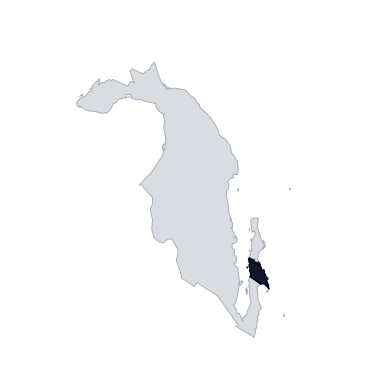 location of Mulegé, Baja California Sur, Mexico, rotated 215°
{"feature_id": "50627088B42796639886072", "entity_name": "Mulegé", "entity_type": "district", "adm_level": 2, "iso_a3": "MEX", "parent_name": "Mexico", "parent_adm1": "Baja California Sur", "projection": "orthographic", "projection_center": [-113.158, 27.203], "detail": "fine", "context": "in_parent", "style": "filled", "palette": "ink", "viewbox_px": 384, "rotation_deg": 215, "n_neighbors": 0, "source": "geoboundaries", "source_scale": "gbopen_adm2", "svg_char_len": 7328}
<svg xmlns="http://www.w3.org/2000/svg" viewBox="0 0 384 384"><g transform="rotate(215 192 192)"><path d="M57.8,108.7L78.7,107.2L77.7,109.4L111.1,121.5L136.0,120.7L135.8,116.1L151.2,115.5L154.0,118.6L165.5,126.9L168.6,134.2L170.8,137.0L181.5,142.1L184.5,139.6L186.5,133.9L189.4,132.4L196.8,132.7L203.5,138.3L208.4,146.6L216.3,153.9L217.3,158.9L221.1,164.8L237.3,168.8L239.3,167.6L236.5,184.3L236.9,203.8L238.1,207.9L242.8,212.9L242.2,216.0L242.1,212.9L238.2,208.7L239.7,212.9L244.8,221.4L252.5,229.1L254.6,234.2L259.9,239.0L258.5,239.1L261.4,240.0L260.5,239.3L265.5,239.3L269.3,240.6L272.8,243.7L280.9,239.7L287.1,238.3L290.9,235.5L295.1,234.3L296.1,235.0L295.9,236.1L299.4,236.2L301.6,234.1L300.6,231.4L299.6,232.3L299.8,231.7L305.5,225.8L305.4,221.9L307.0,219.4L306.2,213.2L306.7,208.4L311.1,204.8L319.1,201.7L322.5,199.4L326.5,198.2L333.3,198.3L333.6,197.2L331.9,197.5L334.0,196.3L337.0,197.7L337.9,200.4L337.2,204.4L333.7,210.9L334.1,214.7L332.3,217.4L332.8,218.2L334.7,217.5L333.0,220.3L333.2,221.2L334.5,220.6L333.1,230.6L332.6,231.6L330.9,229.7L330.1,226.3L328.6,230.3L326.6,231.0L324.7,236.4L321.8,237.0L321.7,238.6L305.2,241.8L305.8,247.5L302.0,248.2L312.1,255.2L312.1,258.4L300.3,260.6L296.7,269.4L298.1,271.2L297.1,276.8L287.6,269.2L280.0,264.2L275.5,262.6L275.0,263.3L279.2,264.7L272.8,263.8L273.1,262.3L271.5,263.2L270.4,262.0L269.4,263.6L271.5,264.0L268.4,264.8L265.5,267.3L255.8,271.9L249.1,270.2L243.6,270.3L239.8,268.4L236.1,267.8L233.6,265.7L224.5,264.9L213.0,261.2L205.5,257.3L202.2,254.4L194.6,254.1L187.3,252.0L182.5,247.2L172.3,243.0L166.7,236.5L164.7,232.4L168.6,230.2L167.8,228.4L166.1,228.0L168.5,224.6L168.6,220.8L166.4,219.6L164.2,215.9L164.0,212.4L162.5,209.4L156.4,203.9L151.1,197.1L143.0,191.4L145.3,192.4L145.4,191.1L141.2,190.0L138.0,185.3L140.1,185.3L134.0,182.3L133.1,180.7L130.9,181.4L130.5,180.7L132.1,178.7L129.3,180.3L127.5,179.0L127.0,175.8L129.0,172.9L129.8,173.5L128.2,170.6L126.3,168.8L123.8,169.0L121.9,165.1L118.9,164.4L117.0,162.7L115.6,159.3L116.4,157.1L111.0,156.2L101.4,145.4L100.8,142.8L99.4,142.0L93.3,128.6L92.7,124.5L93.4,123.2L88.3,121.4L87.1,119.2L85.4,118.5L83.6,119.7L76.8,115.6L78.0,118.2L77.1,123.3L78.6,127.3L79.9,135.0L87.0,141.8L89.3,146.4L90.3,146.2L90.9,147.6L91.9,147.7L93.0,150.7L95.0,151.6L96.2,157.8L100.0,160.9L101.3,164.4L103.0,165.5L104.3,169.6L105.9,170.6L104.9,167.5L107.0,169.3L109.7,178.7L112.2,181.4L115.5,188.1L115.1,191.0L115.9,193.6L118.7,196.0L119.6,193.5L127.8,202.2L127.2,205.5L124.1,208.0L122.4,208.4L118.8,201.1L106.2,191.5L105.1,191.7L102.6,188.6L102.0,186.5L102.7,181.9L101.5,177.5L99.6,174.4L93.6,170.6L92.4,166.9L91.3,168.5L88.3,169.2L86.1,166.7L80.5,164.0L79.7,161.8L75.6,158.6L75.2,157.5L79.5,158.2L81.9,157.3L81.9,158.3L84.0,159.3L83.2,156.8L82.3,156.6L84.3,151.6L76.3,141.9L69.8,137.6L68.6,135.5L68.7,131.9L67.1,130.8L66.6,126.7L64.6,125.0L64.3,122.6L61.5,118.7L61.1,117.0L62.0,115.8L60.0,114.2L57.8,108.7ZM101.0,145.6L100.3,148.0L98.2,147.2L99.0,143.5L100.2,143.1L101.0,145.6ZM92.4,145.1L89.3,142.5L88.5,139.7L90.0,140.6L90.4,142.2L92.0,142.5L92.4,145.1ZM337.8,209.3L337.0,208.6L337.2,207.5L338.9,206.1L337.8,209.3ZM102.7,191.7L100.5,189.2L101.7,184.0L101.4,188.6L102.7,191.7ZM74.0,155.1L72.4,154.7L73.5,152.0L74.2,154.1L74.0,155.1ZM46.4,145.3L45.1,143.5L45.4,142.7L45.9,142.8L46.4,145.3ZM104.6,191.7L106.0,193.7L103.1,191.8L104.6,191.7ZM156.2,220.3L156.0,221.1L155.2,220.8L154.9,219.4L156.2,220.3ZM116.4,186.3L116.9,187.9L115.4,185.9L116.4,186.3ZM110.7,176.1L111.5,176.8L110.4,178.2L110.7,176.1ZM114.3,251.2L113.7,251.4L112.9,250.8L113.6,250.0L114.3,251.2ZM298.0,233.9L296.6,234.5L299.1,233.2L298.0,233.9ZM124.1,195.0L123.3,194.9L123.1,193.4L124.1,195.0Z" fill="#d9dde1" stroke="#a8b0b8" stroke-width="1"/><path d="M82.8,156.0L82.3,156.5L82.2,156.8L82.2,157.0L82.0,157.4L81.8,157.3L81.6,157.3L81.3,157.6L81.1,157.7L81.1,157.8L80.5,158.1L80.1,158.3L79.8,158.1L79.6,158.2L79.1,158.3L78.9,158.2L78.6,158.2L78.2,158.1L78.1,157.9L77.9,157.9L77.7,157.9L77.2,157.9L76.9,157.8L76.9,157.7L76.6,157.7L76.4,157.6L76.2,157.6L75.8,157.7L75.5,157.6L75.4,157.6L75.3,157.4L75.0,157.3L74.9,157.3L75.0,157.7L75.1,158.0L75.2,158.3L75.3,158.5L75.5,158.8L75.5,158.7L75.9,158.8L76.1,159.0L76.3,159.3L76.7,159.5L76.8,159.6L76.9,159.8L77.0,159.7L77.2,159.8L77.5,160.0L77.6,160.3L77.7,160.5L77.8,160.7L77.9,160.8L78.0,160.9L78.3,161.0L78.5,161.0L78.8,161.2L79.1,161.3L79.4,161.6L79.5,161.6L79.8,161.8L79.9,162.0L80.1,162.2L80.2,162.6L80.2,163.2L80.2,163.3L80.2,163.6L80.2,163.8L80.2,164.0L80.4,164.0L80.6,164.1L80.7,164.3L80.7,164.5L80.8,164.5L81.0,164.5L81.0,164.4L81.3,164.6L81.6,164.7L81.6,164.8L81.9,165.0L81.9,164.8L82.2,164.7L82.4,164.7L83.0,164.9L83.4,165.1L83.8,165.4L84.1,165.8L84.1,166.0L84.3,166.2L84.5,166.5L84.8,166.6L84.9,166.4L85.1,166.3L85.5,166.4L86.0,166.6L86.4,166.9L86.6,167.2L86.8,167.6L87.0,168.1L87.1,168.4L87.2,168.5L87.3,168.5L87.5,168.6L87.8,168.8L87.9,169.1L88.2,169.3L88.5,169.4L88.8,169.2L89.0,168.9L89.1,168.5L89.5,168.4L89.8,168.3L90.2,168.4L90.7,168.5L91.2,168.9L91.3,169.3L92.1,169.6L92.3,169.7L92.5,169.8L92.7,170.0L93.1,170.3L93.3,170.5L93.6,170.8L94.0,171.2L94.9,171.6L95.8,172.5L95.8,172.4L95.5,172.2L95.8,172.3L96.0,172.2L95.9,171.5L95.9,171.0L96.0,171.1L96.4,171.5L96.5,171.4L96.9,171.4L97.0,171.4L97.1,171.2L97.1,171.3L97.3,171.4L97.2,171.4L97.3,171.3L97.4,171.5L97.5,170.6L97.9,170.7L99.3,170.6L99.3,170.8L99.6,170.5L99.8,170.6L100.0,170.6L100.3,170.7L100.5,170.8L101.0,171.1L102.0,171.1L102.0,171.3L102.1,171.2L102.4,171.1L102.5,171.1L102.6,171.3L102.7,171.1L103.3,171.4L103.4,171.5L103.5,171.3L103.7,171.2L103.9,171.2L104.1,171.0L104.3,170.8L104.5,170.8L104.8,170.8L105.0,171.0L105.2,170.9L105.4,170.9L105.5,171.0L105.7,170.9L105.9,170.7L106.0,170.9L106.3,170.8L106.4,171.0L106.5,171.0L106.8,171.0L107.1,170.9L107.0,170.5L107.1,170.2L107.1,169.7L107.1,169.4L106.9,169.2L106.7,169.2L106.5,168.9L106.3,168.9L106.2,168.8L106.1,168.6L105.6,168.3L105.6,168.1L105.4,167.9L105.2,167.7L104.9,167.5L104.9,167.4L104.7,167.3L104.6,167.5L104.4,167.6L104.0,167.8L103.9,167.7L103.6,167.5L103.5,167.4L103.3,167.3L103.2,167.4L103.3,167.3L103.5,167.3L103.4,167.3L103.5,167.2L103.4,167.2L103.3,166.9L103.2,166.9L103.0,166.7L102.9,166.6L102.9,166.3L103.0,165.9L103.1,165.7L103.3,165.6L103.5,165.6L103.5,165.4L103.3,165.3L103.1,165.3L102.9,165.1L102.4,165.0L102.4,164.9L102.2,164.9L101.9,164.7L101.5,164.6L101.2,164.3L101.1,164.2L101.2,163.8L101.2,163.7L101.0,163.4L100.9,163.2L100.8,162.9L100.6,162.9L100.5,162.7L100.4,162.5L100.2,162.3L100.2,162.2L100.3,162.1L100.2,162.0L100.1,161.9L100.0,161.7L100.0,161.4L100.0,161.2L99.9,160.9L99.7,160.6L99.4,160.4L99.2,160.3L99.1,160.2L98.9,160.1L98.7,160.1L98.5,159.9L98.2,159.8L98.1,159.7L97.8,159.7L97.7,159.7L97.5,159.4L97.3,159.3L97.3,159.2L97.2,159.1L96.9,159.0L96.9,158.9L96.7,158.8L96.5,158.6L96.5,158.4L96.4,158.2L96.4,157.9L96.2,157.8L96.2,157.7L95.9,157.4L95.9,157.1L96.0,157.1L96.0,156.8L95.9,156.6L96.0,156.3L96.0,156.0L82.8,156.0ZM102.5,163.9L102.2,163.6L102.0,163.8L102.2,164.1L102.2,164.3L102.3,164.3L102.2,164.4L102.3,164.5L102.4,164.4L102.5,164.4L102.6,164.1L102.5,163.9ZM103.5,161.8L103.3,161.8L103.4,162.1L103.5,162.1L103.5,161.8ZM73.8,157.0L73.6,156.9L73.5,157.0L73.8,157.1L73.9,157.3L74.0,157.4L74.1,157.2L73.9,157.1L73.8,157.0ZM108.3,169.9L108.3,170.0L108.3,169.9ZM81.2,164.8L81.2,164.7L81.1,164.8L81.2,164.8Z" fill="#0f172a" stroke="#020617" stroke-width="1.5"/></g></svg>